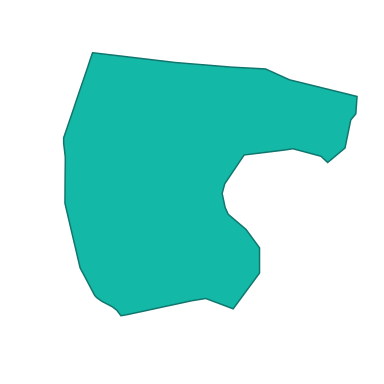 the border of Bakool, rotated 285°
{"feature_id": "SOM-2312", "entity_name": "Bakool", "entity_type": "Region", "adm_level": 1, "iso_a3": "SOM", "parent_name": "Somalia", "parent_adm1": "", "projection": "robinson", "projection_center": [43.857, 4.102], "detail": "fine", "context": "isolated", "style": "filled", "palette": "teal", "viewbox_px": 384, "rotation_deg": 285, "n_neighbors": 0, "source": "natural_earth", "source_scale": "10m", "svg_char_len": 807}
<svg xmlns="http://www.w3.org/2000/svg" viewBox="0 0 384 384"><g transform="rotate(285 192 192)"><path d="M211.1,54.0L219.7,54.6L227.1,55.1L234.5,55.6L241.9,56.1L249.3,56.5L256.7,57.0L264.1,57.5L271.6,58.0L278.9,58.5L286.3,59.0L293.8,59.4L300.8,59.9L312.7,142.1L322.7,197.2L329.9,231.2L325.6,257.1L327.0,326.7L309.9,330.0L302.7,326.7L274.1,328.4L255.6,315.4L259.9,307.3L259.9,278.2L257.0,271.7L241.3,232.8L208.4,221.5L198.4,221.5L185.6,228.0L179.8,232.8L169.8,253.9L155.5,271.7L131.2,278.2L89.8,262.0L92.7,232.8L86.9,219.9L57.0,161.6L54.1,155.4L58.3,150.0L60.5,144.8L63.0,133.5L65.0,128.0L65.9,126.3L67.0,124.7L77.7,114.8L89.7,103.6L105.9,94.9L122.3,86.1L138.3,77.5L148.2,72.2L164.2,68.0L175.0,65.2L189.1,61.6L193.4,60.4L205.9,55.4L211.1,54.0Z" fill="#14b8a6" stroke="#0f766e" stroke-width="1.5"/></g></svg>